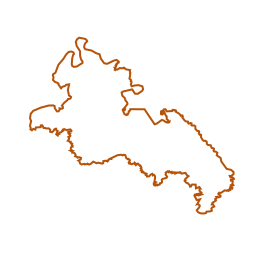 Nanumba North, Northern, Ghana, rotated 260°
{"feature_id": "2480657B57712569843933", "entity_name": "Nanumba North", "entity_type": "district", "adm_level": 2, "iso_a3": "GHA", "parent_name": "Ghana", "parent_adm1": "Northern", "projection": "natural_earth1", "projection_center": [-0.086, 8.922], "detail": "fine", "context": "isolated", "style": "outline", "palette": "amber", "viewbox_px": 256, "rotation_deg": 260, "n_neighbors": 0, "source": "geoboundaries", "source_scale": "gbopen_adm2", "svg_char_len": 5803}
<svg xmlns="http://www.w3.org/2000/svg" viewBox="0 0 256 256"><g transform="rotate(260 128 128)"><path d="M163.2,45.6L161.4,37.8L159.0,34.7L154.5,33.2L151.7,33.8L147.2,31.9L144.6,32.2L143.6,31.7L142.4,33.0L143.6,34.5L142.5,36.5L144.5,37.3L144.0,42.1L145.7,42.6L145.5,44.1L142.6,44.9L142.5,46.3L141.7,47.4L141.4,49.9L139.8,51.1L137.8,50.7L137.0,52.4L138.1,54.2L139.2,54.9L139.9,56.2L139.8,57.1L138.2,57.0L137.2,58.3L134.3,56.2L132.8,57.5L134.2,58.3L134.6,59.1L134.3,59.5L135.3,59.8L135.4,61.2L136.3,63.0L136.7,62.9L136.8,63.9L137.8,63.7L138.0,65.0L136.7,67.0L136.6,71.0L135.1,71.9L134.5,71.5L134.4,68.3L132.8,68.5L132.3,69.8L131.7,69.1L130.3,69.9L129.7,69.3L129.5,67.7L127.6,68.2L125.9,66.5L125.5,67.4L124.4,68.1L124.4,69.2L122.8,69.0L122.3,70.3L120.9,69.7L120.2,70.3L119.6,69.6L119.2,69.9L119.0,68.7L118.3,68.2L116.5,68.0L115.6,69.1L115.6,67.5L114.8,68.5L114.8,69.4L113.4,68.8L113.0,70.5L111.8,71.4L110.5,71.7L109.3,71.0L108.5,72.8L107.5,73.2L107.8,74.7L106.8,76.5L105.3,76.0L104.5,73.6L104.0,74.3L101.4,74.6L100.1,76.0L100.4,78.5L99.6,79.0L99.8,80.4L99.4,81.2L99.9,82.1L98.7,83.3L99.1,85.0L100.9,87.9L98.7,91.1L99.0,92.8L97.4,96.4L97.6,97.4L99.7,98.0L99.7,100.1L99.2,100.9L99.6,102.2L98.9,102.4L100.9,104.4L100.4,106.2L101.2,106.2L103.0,112.8L102.9,116.1L102.6,117.3L102.0,117.8L102.4,118.9L101.8,120.6L98.7,121.1L97.4,122.2L97.6,122.9L96.5,124.1L95.7,124.2L95.0,123.4L93.6,123.9L93.6,122.7L92.9,122.8L91.6,125.5L92.1,127.1L91.9,128.0L92.7,128.5L92.0,129.1L91.3,128.5L90.0,129.3L91.2,131.2L91.1,131.8L88.9,132.9L89.1,133.4L88.2,134.0L86.5,134.3L86.1,133.5L85.1,134.1L84.0,133.3L83.7,134.3L82.0,133.9L81.8,134.5L82.4,134.5L82.4,135.4L80.3,136.4L80.3,137.6L79.6,138.4L78.5,137.5L78.1,138.2L76.9,138.3L76.7,140.3L78.3,142.6L78.6,144.0L77.3,144.3L77.7,144.7L77.4,145.4L76.3,146.1L74.8,146.2L70.8,144.8L69.9,146.0L69.2,143.8L67.9,143.6L66.9,144.0L66.6,144.9L67.0,145.4L67.0,144.8L67.5,144.8L67.8,145.4L67.3,146.8L66.4,146.9L66.9,149.5L68.0,149.8L68.1,151.3L68.9,152.2L71.0,152.2L71.8,153.0L72.2,157.3L73.3,158.1L75.4,156.9L76.2,157.4L77.5,157.3L78.5,159.7L77.5,160.2L78.1,161.1L77.2,161.6L77.3,163.1L76.6,162.9L76.6,164.2L75.8,164.0L76.2,166.4L75.9,167.3L75.0,166.9L75.6,169.4L75.0,170.5L75.5,171.3L75.3,172.0L73.8,172.7L73.8,176.8L71.3,177.9L70.1,179.2L67.6,175.3L66.6,175.6L66.1,174.6L64.2,175.7L63.0,177.5L60.6,179.0L59.5,178.9L59.4,179.8L59.9,180.2L60.2,179.9L61.2,181.3L60.5,184.8L56.8,184.4L57.5,188.0L55.9,188.7L56.1,188.0L53.7,187.5L51.4,189.2L51.0,188.9L51.0,186.8L49.8,188.9L49.3,186.0L50.0,184.9L49.8,183.7L50.2,182.8L50.7,183.1L50.8,182.2L49.8,181.6L45.1,183.2L45.3,186.5L41.0,182.9L41.1,183.5L39.3,185.2L38.7,185.1L37.4,184.3L35.1,181.4L32.9,182.4L31.4,184.5L30.6,188.0L30.7,190.0L32.0,190.8L31.6,194.8L32.0,196.2L34.2,196.1L35.2,197.2L35.7,199.3L38.2,198.4L38.2,197.4L39.7,198.2L41.3,202.0L42.9,201.5L43.2,202.8L44.0,203.4L44.8,203.0L44.8,204.0L43.9,205.5L44.3,207.1L45.4,207.4L46.7,205.7L47.6,205.5L48.5,206.6L48.0,207.3L48.1,208.6L49.8,212.4L49.1,214.1L49.5,215.0L48.6,215.8L49.1,217.5L49.8,216.9L50.6,217.7L50.1,220.0L51.0,220.4L52.2,218.5L52.9,218.9L53.2,220.8L53.8,220.3L53.7,221.7L55.0,221.1L57.0,221.9L57.9,221.8L58.2,220.3L59.4,220.3L59.3,223.3L59.8,223.5L61.4,222.0L62.1,220.1L63.1,219.9L62.8,221.3L64.2,223.9L66.3,224.3L68.9,222.2L70.6,218.1L78.8,214.1L82.4,214.0L85.7,210.6L88.0,211.7L89.5,210.3L90.1,208.5L90.9,208.3L92.5,209.1L93.2,208.6L93.9,206.9L96.6,206.5L97.5,203.7L98.5,202.9L101.0,203.1L101.9,202.1L102.3,200.2L103.1,199.5L106.3,198.3L108.5,198.8L109.0,198.3L108.9,197.4L110.3,196.8L112.1,197.5L112.7,197.2L113.1,195.7L115.4,194.2L118.0,194.6L119.0,193.7L119.3,191.4L119.7,190.9L121.5,191.4L122.1,190.5L121.7,188.7L122.4,188.1L123.8,188.2L124.5,186.1L125.7,185.0L129.0,183.3L129.7,184.0L130.9,183.8L131.2,182.9L130.9,182.2L133.1,181.0L135.8,177.8L136.3,178.3L137.1,178.1L138.1,175.6L137.9,174.8L137.0,174.6L137.7,168.9L139.8,168.3L140.2,166.7L139.1,165.4L138.6,163.4L136.0,162.9L135.3,164.1L136.0,165.2L137.0,165.2L137.5,166.4L133.3,167.5L132.8,168.1L130.1,167.7L128.7,168.8L127.2,168.7L126.9,169.2L127.2,170.0L126.6,169.8L126.3,168.6L126.8,167.1L127.1,167.2L127.8,165.6L128.8,164.9L130.1,162.8L127.3,157.0L127.1,154.8L143.6,147.5L146.1,133.5L144.8,133.0L144.3,131.6L142.9,131.3L141.9,130.4L142.0,130.0L141.3,130.0L141.0,128.6L142.4,126.9L146.7,125.9L147.1,126.3L146.3,126.5L146.1,127.8L147.2,128.5L148.3,128.0L151.8,131.7L153.2,131.6L155.6,130.3L158.1,130.0L160.8,128.0L164.1,127.9L164.8,129.5L165.3,138.8L160.5,140.9L160.0,143.6L162.1,148.4L163.6,149.6L166.5,149.4L168.3,146.0L168.7,142.5L168.5,138.8L170.6,138.4L172.0,139.3L173.5,139.4L173.7,138.9L174.9,139.2L176.3,138.0L180.6,139.6L181.5,139.4L182.1,139.9L183.5,139.6L184.7,140.1L186.2,136.0L187.8,134.9L187.6,134.5L188.1,134.1L187.7,132.4L188.5,130.4L187.4,127.6L187.7,126.5L187.4,125.9L187.9,125.8L187.8,125.2L189.2,125.6L189.8,125.3L189.9,126.4L191.6,127.4L191.9,126.8L192.9,127.5L193.3,128.8L194.0,129.0L194.1,130.2L195.0,130.4L197.0,128.6L196.9,126.0L195.0,119.3L194.9,118.3L195.9,115.8L201.0,113.3L205.5,112.8L207.3,109.5L210.6,105.6L213.0,99.6L214.8,98.8L216.7,99.3L218.7,100.4L220.5,102.9L221.8,102.5L223.2,101.3L225.4,95.6L224.1,93.1L221.9,91.6L217.7,91.7L212.0,94.1L207.5,93.4L204.1,93.6L201.0,94.8L199.9,94.4L197.4,88.1L197.6,85.4L198.7,83.9L200.7,83.7L206.4,85.2L209.6,86.7L210.2,87.6L211.1,87.7L212.4,86.8L213.2,85.3L213.2,82.8L211.2,79.9L207.3,76.4L202.3,70.4L195.0,66.1L193.9,63.5L192.8,63.1L191.0,63.5L188.3,62.5L186.0,64.1L184.6,66.6L183.8,67.2L183.0,67.0L178.7,69.0L180.0,70.6L180.3,73.3L181.3,74.6L181.2,77.6L176.0,75.4L170.3,75.5L168.6,77.3L167.4,76.8L166.8,75.7L167.0,74.0L165.9,73.1L163.9,69.5L161.5,66.8L160.3,67.5L159.0,67.4L158.4,66.3L159.2,64.0L158.0,64.0L156.5,62.5L156.8,60.8L160.5,59.3L162.3,59.6L163.2,58.4L163.9,53.8L163.2,45.6Z" fill="none" stroke="#b45309" stroke-width="2"/></g></svg>